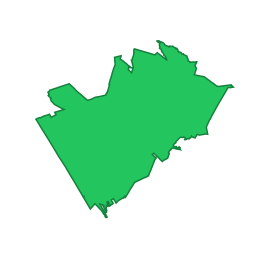 Mapastepec, Chiapas, Mexico, rotated 15°
{"feature_id": "50627088B6586948636564", "entity_name": "Mapastepec", "entity_type": "district", "adm_level": 2, "iso_a3": "MEX", "parent_name": "Mexico", "parent_adm1": "Chiapas", "projection": "orthographic", "projection_center": [-92.868, 15.447], "detail": "fine", "context": "isolated", "style": "filled", "palette": "green", "viewbox_px": 256, "rotation_deg": 15, "n_neighbors": 0, "source": "geoboundaries", "source_scale": "gbopen_adm2", "svg_char_len": 5727}
<svg xmlns="http://www.w3.org/2000/svg" viewBox="0 0 256 256"><g transform="rotate(15 128 128)"><path d="M174.1,147.0L174.5,142.0L174.4,141.8L173.8,141.5L173.5,141.2L173.8,139.9L173.9,139.4L174.0,139.1L175.1,138.1L175.2,137.2L175.5,136.3L175.8,136.0L176.5,135.8L177.1,135.6L178.0,135.8L179.5,135.7L181.0,135.7L183.0,135.4L183.7,135.4L184.3,135.4L183.6,134.7L183.5,133.7L182.3,132.9L181.6,133.8L181.1,134.9L180.5,134.8L180.6,134.5L179.6,133.6L179.4,134.1L178.9,133.8L176.4,133.8L176.5,133.1L176.3,132.5L176.8,131.3L178.1,129.8L177.8,128.7L178.1,128.2L178.3,127.8L179.2,126.4L179.5,125.6L180.2,124.7L180.5,124.2L180.9,123.5L181.4,123.2L182.8,123.1L184.5,122.3L185.0,122.4L185.6,122.6L185.8,122.9L186.1,123.8L185.2,124.8L185.7,124.6L186.2,124.6L187.0,124.0L187.2,123.9L187.5,123.8L187.6,123.5L187.6,123.2L188.6,122.7L189.3,122.8L189.5,122.7L189.8,122.7L190.1,122.2L190.2,121.8L190.6,121.5L190.9,121.3L191.1,121.2L191.1,120.6L191.3,119.5L191.7,119.9L195.3,120.3L196.5,116.3L198.8,116.4L204.5,113.7L206.6,113.4L203.5,107.1L203.5,106.0L204.7,99.1L205.1,98.2L206.1,93.1L207.0,90.1L207.7,86.8L208.6,83.2L214.2,62.9L216.5,62.5L219.2,61.2L218.1,60.6L217.9,60.6L217.5,60.5L217.1,60.3L217.0,59.9L216.5,59.6L205.9,64.0L203.4,64.7L188.3,58.8L181.8,59.3L178.3,59.4L178.7,52.7L178.5,52.4L177.7,51.8L177.5,51.5L177.0,51.2L176.7,51.0L176.6,50.8L176.7,50.0L176.8,49.0L176.9,48.6L177.0,47.9L177.3,47.5L177.1,46.7L177.2,46.2L176.8,46.3L176.2,46.7L176.1,46.9L175.8,47.1L175.2,47.1L174.8,47.3L173.8,47.3L172.5,48.0L172.3,48.0L172.0,47.9L171.1,48.5L170.8,48.2L170.5,48.1L170.3,47.9L169.7,47.7L169.3,47.8L169.1,47.8L168.9,47.6L168.7,47.4L168.4,46.5L168.0,45.8L167.6,45.2L167.1,44.9L166.9,44.6L166.9,44.3L166.6,43.9L166.4,43.4L165.4,43.0L164.8,43.1L163.0,42.7L162.6,42.2L162.3,42.0L162.1,42.1L162.1,42.5L161.8,42.7L161.6,42.7L160.9,42.6L160.5,42.4L160.1,41.7L159.4,41.3L158.7,41.4L158.4,41.2L157.8,41.6L157.2,41.5L157.0,41.3L156.9,40.8L156.6,40.7L156.4,40.7L156.2,40.6L155.9,39.7L155.7,39.4L155.3,39.1L154.5,38.4L154.1,38.5L154.0,39.2L153.8,39.2L153.6,39.0L153.4,38.6L153.2,38.5L153.1,38.3L152.8,38.2L152.2,38.3L151.8,38.1L151.4,38.1L150.7,37.8L150.3,37.4L150.0,37.4L149.2,37.9L148.7,38.0L147.8,37.9L147.2,38.0L146.8,38.4L146.8,39.1L146.7,39.2L146.2,38.9L145.8,38.7L144.8,38.6L144.0,38.7L143.7,38.7L143.1,38.3L142.2,38.3L142.0,38.2L140.7,36.9L139.4,36.4L139.0,36.4L138.1,36.9L137.7,36.9L137.6,36.6L137.6,36.2L137.4,36.1L136.6,36.5L135.7,35.9L135.3,35.8L134.0,36.2L133.5,36.3L133.6,36.6L133.9,36.9L134.3,36.9L134.5,37.1L134.8,37.1L134.9,37.3L135.4,37.3L135.7,37.5L136.1,37.6L136.6,38.1L136.8,38.5L136.7,38.9L136.7,39.4L136.8,39.5L136.9,40.0L137.1,40.5L137.8,41.1L137.9,42.0L137.7,42.6L138.0,43.0L138.5,43.2L139.0,43.2L139.3,43.3L139.9,43.9L140.1,44.2L140.5,44.5L140.6,44.9L140.5,45.1L140.6,45.4L142.1,46.2L142.7,46.8L143.2,47.3L143.9,48.6L144.2,48.7L145.0,48.9L145.6,49.2L145.9,49.6L146.1,50.4L146.3,50.6L146.9,50.9L147.2,51.5L147.8,52.0L147.8,52.3L136.7,47.7L135.0,50.4L113.6,49.9L113.5,51.5L114.5,55.1L114.2,61.5L113.8,61.6L117.3,67.7L116.9,68.9L117.4,69.0L117.1,73.8L113.0,71.3L113.2,70.5L112.9,69.0L116.2,69.0L112.2,67.6L110.6,66.7L106.0,64.6L102.5,63.4L102.7,60.9L102.6,60.0L97.4,62.9L96.7,63.2L99.2,70.1L98.7,74.5L98.7,76.8L98.5,79.3L98.7,80.5L98.5,82.0L98.5,84.5L98.3,85.8L98.4,86.9L98.3,87.9L98.4,90.7L98.9,90.7L98.9,95.4L98.7,99.8L98.2,99.8L97.9,102.0L96.1,103.0L92.8,104.8L89.0,106.5L88.5,106.8L85.3,109.5L81.8,111.8L73.9,107.9L69.6,106.0L67.5,104.8L66.5,104.1L63.6,102.5L59.8,100.5L54.3,104.1L42.5,111.9L42.4,112.9L42.1,113.4L41.7,113.7L41.5,114.0L41.4,114.3L41.5,114.5L42.3,114.8L42.5,115.1L42.6,115.7L42.7,115.9L43.2,116.2L42.9,116.8L42.6,117.1L42.5,117.3L43.7,118.1L44.3,118.3L45.1,118.7L45.9,119.1L45.4,119.6L45.9,120.5L46.9,121.8L51.0,124.3L55.0,125.3L58.4,126.1L61.4,126.6L59.8,127.7L53.2,131.8L55.1,133.8L51.0,137.6L48.6,135.0L47.4,136.0L46.4,136.5L42.9,138.8L41.6,139.9L41.4,140.2L41.0,140.6L40.6,140.8L39.9,140.9L37.6,142.5L36.8,143.4L38.2,144.6L44.7,150.9L53.2,158.8L61.7,166.9L66.8,171.9L68.4,173.5L71.3,176.0L72.4,177.0L76.0,180.3L77.1,181.2L80.7,184.8L85.8,189.8L90.9,194.6L92.2,196.0L96.3,200.0L96.5,200.2L96.8,200.5L100.3,203.9L101.7,205.4L102.4,205.9L102.6,206.1L102.8,206.0L102.9,205.9L102.9,205.7L103.2,205.4L103.4,205.6L103.4,205.9L103.2,206.3L103.0,206.7L103.5,207.1L108.6,212.1L112.6,216.0L115.7,209.7L123.7,214.6L125.7,216.3L126.0,216.8L126.4,217.1L128.3,218.4L129.0,219.7L129.5,220.1L129.9,220.2L130.9,219.5L129.1,217.6L128.1,216.3L126.8,215.2L126.1,214.2L125.7,213.8L123.7,212.1L123.1,211.3L122.1,210.5L120.5,208.8L124.7,208.9L124.8,209.5L124.6,209.5L124.0,209.1L124.0,209.6L124.7,210.1L125.0,210.4L125.4,211.2L125.8,211.5L126.2,212.1L126.9,212.7L129.3,215.6L129.1,215.3L128.9,214.6L128.7,214.2L128.9,213.6L128.8,213.1L128.5,212.6L128.2,212.4L127.8,211.8L127.8,211.5L127.5,210.9L127.5,210.6L127.7,210.0L127.2,208.9L127.3,208.7L127.5,208.6L127.8,208.6L128.5,208.8L128.8,208.7L129.1,208.5L129.5,208.3L129.8,208.0L130.1,208.4L130.5,208.0L130.3,208.0L130.2,207.7L129.8,207.3L128.6,207.4L128.4,207.2L128.0,207.1L127.6,206.8L127.5,206.7L127.3,206.2L127.2,205.7L127.4,205.3L127.2,205.2L127.1,205.3L126.9,205.0L126.9,204.8L127.9,204.1L128.8,205.1L128.4,205.5L128.9,205.9L129.5,206.6L130.0,206.7L130.2,206.9L130.6,207.1L130.8,207.3L133.3,204.8L130.4,201.8L132.2,200.0L135.9,203.6L136.8,201.9L137.2,201.0L141.8,196.3L142.0,196.5L142.4,195.2L142.9,195.6L143.1,194.9L143.4,195.2L143.5,195.3L144.8,191.3L145.3,189.7L145.7,187.6L147.4,182.4L148.4,178.9L155.7,172.6L159.2,169.9L159.6,169.2L160.2,169.0L160.4,165.9L160.8,163.6L162.1,152.1L163.0,149.8L162.5,149.3L162.3,149.6L158.3,147.3L159.4,145.7L164.2,148.3L165.6,149.0L167.2,150.1L169.9,151.5L170.5,150.3L174.1,147.0Z" fill="#22c55e" stroke="#15803d" stroke-width="1.5"/></g></svg>